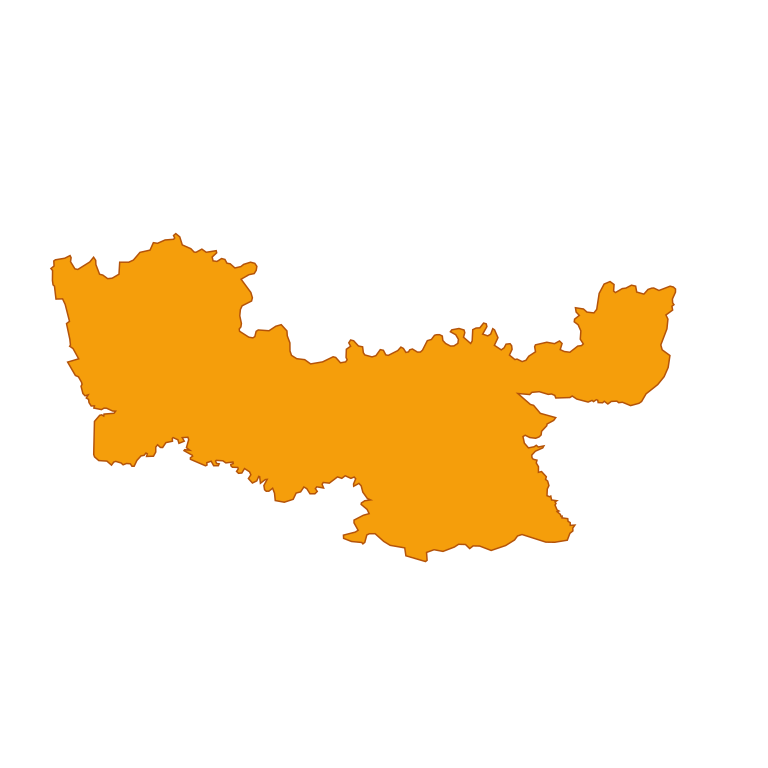 Buena Fe, Los Rios, Ecuador (Mercator projection), rotated 258°
{"feature_id": "8360857B33101813988560", "entity_name": "Buena Fe", "entity_type": "district", "adm_level": 2, "iso_a3": "ECU", "parent_name": "Ecuador", "parent_adm1": "Los Rios", "projection": "mercator", "projection_center": [-79.465, -0.75], "detail": "fine", "context": "isolated", "style": "filled", "palette": "amber", "viewbox_px": 768, "rotation_deg": 258, "n_neighbors": 0, "source": "geoboundaries", "source_scale": "gbopen_adm2", "svg_char_len": 6131}
<svg xmlns="http://www.w3.org/2000/svg" viewBox="0 0 768 768"><g transform="rotate(258 384 384)"><path d="M540.5,251.2L538.6,246.1L540.0,242.4L543.9,242.3L547.1,247.6L549.3,247.6L549.8,237.5L553.8,233.9L551.9,227.5L552.5,225.7L556.4,223.3L562.0,215.6L570.4,214.8L574.4,211.6L573.0,209.0L570.3,209.6L569.3,208.3L570.4,199.8L568.7,191.7L570.2,187.8L563.6,183.0L563.5,172.7L557.3,164.6L556.2,159.6L558.1,150.8L546.5,147.6L544.0,140.1L544.5,135.6L549.0,131.6L550.5,128.6L560.7,127.0L564.9,127.7L568.4,126.3L564.5,121.5L559.7,108.3L560.9,105.6L568.8,102.8L572.6,104.2L574.9,103.6L573.4,97.9L573.8,88.4L573.0,86.6L568.0,85.8L566.2,82.2L563.9,83.4L554.2,81.2L549.8,80.9L548.2,82.0L535.3,80.8L534.1,87.3L528.1,88.7L510.7,89.4L509.1,86.0L493.0,86.0L487.2,85.4L486.3,84.4L483.3,87.2L472.1,90.6L471.2,79.1L456.5,83.9L454.6,86.6L448.6,88.5L446.5,88.6L444.8,87.2L437.3,87.5L434.6,89.1L434.9,92.4L432.2,89.9L430.4,91.8L427.1,91.6L423.4,93.0L422.8,96.2L420.8,95.2L417.7,102.3L418.6,105.1L418.0,107.6L414.0,112.9L413.2,115.8L411.5,113.8L412.8,103.9L410.9,103.2L412.5,101.5L412.5,99.4L407.6,93.0L375.4,85.4L372.9,85.7L368.4,89.1L366.2,96.9L361.3,100.6L363.8,103.4L364.1,105.5L361.4,110.4L359.2,112.0L359.8,115.6L358.7,119.3L356.0,120.3L355.5,122.5L360.6,126.4L364.2,131.4L364.1,134.5L366.0,136.8L365.0,138.0L362.5,136.7L361.3,143.5L364.9,146.6L369.7,147.6L371.6,149.9L368.4,152.1L367.9,154.3L372.0,158.5L372.0,165.2L374.8,165.6L375.4,166.6L372.3,170.8L368.6,171.1L369.6,176.7L373.5,175.5L372.7,181.1L370.2,181.4L362.8,177.5L359.6,180.3L361.2,175.4L360.4,174.5L354.2,181.6L353.2,181.8L352.1,179.3L350.6,179.0L341.1,192.4L341.5,194.0L343.9,194.3L344.4,198.9L339.5,200.4L338.5,204.9L340.2,206.2L341.1,203.7L343.7,203.2L344.2,204.1L342.4,210.4L339.7,212.9L339.1,220.0L337.5,220.0L337.2,217.4L335.7,217.3L334.1,218.4L332.8,223.6L331.2,223.8L329.2,221.6L326.9,223.1L326.5,226.4L330.3,230.0L326.1,234.2L322.9,234.9L319.7,231.7L314.5,234.7L315.7,239.4L319.7,242.3L319.2,243.1L312.6,242.5L315.2,248.0L315.0,249.9L309.7,245.4L305.4,245.2L303.6,246.5L303.1,249.1L305.2,253.4L300.0,254.2L292.6,253.4L289.1,261.9L290.1,271.2L295.6,275.4L295.8,280.0L299.9,284.2L297.7,286.7L292.0,288.8L291.0,293.6L292.8,296.4L295.9,295.1L297.4,296.9L294.8,303.3L298.8,302.6L300.3,304.1L298.4,309.9L302.8,319.2L300.5,323.1L302.3,327.0L298.6,332.0L299.2,335.5L297.2,336.6L292.5,333.4L290.3,333.1L292.0,338.8L289.2,340.5L282.6,340.8L275.5,343.9L273.4,346.8L273.8,340.9L272.3,337.1L271.0,336.6L264.8,341.4L260.3,342.5L259.9,336.5L257.1,326.4L254.4,325.8L246.3,328.3L245.1,325.1L244.6,312.9L241.4,312.4L236.7,319.5L233.6,329.3L232.0,330.1L233.1,332.3L239.9,335.8L240.6,338.5L239.4,344.2L230.1,351.0L224.9,356.5L219.4,370.2L211.4,369.7L201.7,387.7L202.6,389.5L210.4,390.6L211.5,398.5L208.0,406.9L209.9,419.0L211.7,423.6L210.1,430.3L205.2,433.6L207.1,437.5L205.6,443.9L198.9,454.2L200.7,469.4L204.3,479.3L207.6,483.0L208.1,487.7L195.7,509.4L193.7,518.1L193.1,530.8L199.3,534.8L201.0,538.2L203.8,538.7L206.3,541.4L207.0,536.8L209.7,537.3L211.4,535.5L214.1,535.7L216.1,530.2L217.7,530.8L218.0,529.5L219.8,529.4L223.1,526.8L223.4,528.7L224.8,527.1L230.1,526.1L231.3,527.4L233.1,526.8L233.9,528.8L235.7,523.8L239.7,523.8L239.3,522.5L240.9,520.2L247.4,521.9L250.3,524.2L255.0,523.9L257.1,522.2L259.5,523.5L265.6,519.9L265.5,516.7L271.0,517.9L275.1,516.5L277.7,517.8L279.4,514.3L281.3,513.4L283.8,513.8L286.8,518.1L288.5,526.0L290.2,527.5L290.3,521.8L292.4,520.2L291.4,517.8L291.5,512.0L297.0,509.0L303.7,509.0L304.5,511.5L301.3,515.5L299.4,521.1L300.0,524.7L301.5,527.1L305.0,528.3L309.3,534.5L311.0,535.2L313.1,542.4L315.4,545.0L322.8,530.8L332.0,525.9L333.6,522.9L346.9,512.9L343.4,524.3L345.1,527.0L344.2,534.3L339.7,542.5L339.4,545.8L337.3,548.7L334.6,549.1L332.1,563.0L333.1,565.6L329.2,569.4L323.9,579.9L324.7,584.1L323.2,585.3L324.5,588.4L323.6,589.7L321.3,589.6L320.2,593.9L321.3,595.9L317.9,598.8L319.7,602.7L318.8,608.2L316.9,609.7L316.6,613.4L311.6,620.7L312.1,629.4L313.3,632.3L319.9,638.3L326.5,651.6L332.9,659.5L341.1,665.4L352.4,669.6L359.6,663.2L364.7,662.9L379.1,672.2L388.4,675.2L392.9,674.1L396.3,681.7L400.2,681.8L401.3,684.1L403.4,683.2L407.2,683.8L413.2,688.2L416.3,688.9L418.7,687.2L420.2,684.2L418.3,672.4L421.8,667.8L422.1,665.7L421.6,661.9L417.9,656.9L421.4,650.3L427.4,650.5L429.2,646.6L427.5,640.5L427.8,636.9L425.3,629.4L427.1,627.9L433.5,629.7L437.2,626.4L436.0,620.1L427.9,613.3L412.8,607.6L409.9,604.1L412.1,597.5L415.9,594.7L418.8,587.1L414.4,586.9L410.5,589.3L407.8,583.9L405.3,583.0L401.6,586.2L395.0,587.6L387.0,585.3L381.8,587.3L380.5,585.2L380.8,581.4L376.4,572.4L378.3,567.1L381.0,563.5L386.6,566.6L389.6,564.6L388.0,559.2L391.0,551.9L390.8,540.3L389.2,539.1L384.0,538.9L381.1,531.4L377.7,527.8L377.2,523.8L380.7,519.3L380.7,517.1L386.2,512.7L391.3,516.5L394.9,516.8L397.2,515.7L397.6,511.7L394.4,509.0L393.0,505.8L398.9,500.0L405.6,505.1L413.9,503.4L415.5,501.9L410.6,498.7L409.5,495.5L412.3,490.9L418.8,496.6L421.6,496.5L422.9,494.1L419.0,489.4L419.6,485.7L418.7,482.1L407.8,479.2L405.6,477.2L413.2,471.5L417.4,473.7L420.2,473.5L422.7,468.9L422.9,461.6L421.3,459.8L417.3,464.4L412.2,466.1L408.4,464.7L406.7,460.3L407.3,456.9L410.8,452.7L414.3,450.6L418.8,451.0L420.7,448.6L421.3,445.5L421.1,443.5L417.7,439.6L417.4,435.4L409.1,428.7L407.7,426.3L408.2,423.4L412.3,419.1L412.1,416.3L410.3,414.6L410.3,412.0L414.7,410.4L416.6,408.2L413.8,404.4L411.1,394.1L412.1,391.8L417.1,390.4L418.4,387.5L413.4,382.0L413.0,377.9L416.4,371.3L418.9,370.3L424.8,370.8L426.5,366.9L432.6,363.3L434.0,360.5L431.6,358.1L427.9,359.2L425.8,354.4L417.8,352.4L415.4,353.0L413.6,351.1L413.8,345.8L420.0,342.3L421.2,339.9L418.4,328.5L418.9,316.4L424.3,311.5L426.9,303.9L431.2,299.5L435.8,298.9L443.8,300.5L451.3,299.4L456.1,300.1L463.4,295.8L463.0,290.2L460.0,282.6L463.0,272.2L462.1,269.9L457.2,267.5L456.4,265.3L457.9,261.5L465.6,253.7L467.9,253.8L469.6,255.9L472.8,257.1L480.7,257.1L486.7,259.0L490.0,261.5L492.7,271.7L495.7,273.2L501.2,272.8L516.2,266.0L519.0,274.6L519.0,280.0L521.7,282.6L525.5,284.1L528.9,282.7L530.9,278.8L530.2,271.6L528.6,268.4L528.5,262.3L533.6,258.5L534.8,255.5L538.9,254.3L540.5,251.2Z" fill="#f59e0b" stroke="#b45309" stroke-width="1.5"/></g></svg>